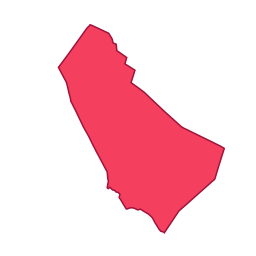 Reifi Telkok, Kassala, Sudan, rotated 137°
{"feature_id": "16777658B60092664698782", "entity_name": "Reifi Telkok", "entity_type": "district", "adm_level": 2, "iso_a3": "SDN", "parent_name": "Sudan", "parent_adm1": "Kassala", "projection": "natural_earth1", "projection_center": [36.762, 16.137], "detail": "fine", "context": "isolated", "style": "filled", "palette": "rose", "viewbox_px": 256, "rotation_deg": 137, "n_neighbors": 0, "source": "geoboundaries", "source_scale": "gbopen_adm2", "svg_char_len": 1488}
<svg xmlns="http://www.w3.org/2000/svg" viewBox="0 0 256 256"><g transform="rotate(137 128 128)"><path d="M85.5,229.4L86.6,229.1L88.5,229.1L89.4,229.1L92.6,228.5L105.9,225.8L113.8,224.2L121.4,222.7L134.0,220.4L137.5,219.8L137.9,218.5L141.2,206.0L141.9,203.5L143.1,201.2L145.1,197.6L147.9,192.9L148.1,192.3L149.3,190.0L149.5,189.8L149.5,189.7L150.9,187.4L151.5,186.7L154.5,176.3L160.0,158.8L161.2,153.6L162.5,148.4L164.9,140.6L165.6,138.5L165.6,138.2L166.2,135.9L166.8,134.0L172.7,111.9L173.0,110.4L173.2,110.1L174.8,108.0L177.4,104.7L177.9,103.7L178.3,102.9L178.8,102.5L179.3,101.9L180.9,100.9L182.7,99.4L183.7,98.7L184.0,98.5L183.8,97.2L183.6,97.2L182.8,97.0L181.9,97.0L181.6,97.0L181.6,95.1L181.7,94.5L181.3,92.8L180.4,91.9L180.4,89.4L180.1,89.1L179.9,88.8L179.2,87.4L179.1,87.0L179.1,85.0L181.8,83.3L182.0,82.5L182.1,82.4L182.1,81.6L182.4,79.8L183.6,74.5L183.7,73.6L183.9,72.9L184.5,69.9L183.7,69.3L182.5,68.8L181.0,68.2L180.0,67.3L179.1,66.5L178.1,64.9L177.3,62.9L176.7,61.4L175.4,60.7L174.4,60.4L174.0,59.3L173.5,57.2L172.6,54.0L171.7,50.8L171.4,47.1L171.5,45.2L172.9,40.2L173.0,39.4L173.1,38.9L173.9,34.8L174.3,33.2L174.4,30.8L174.5,30.4L172.9,27.5L172.9,26.6L147.4,32.6L133.5,32.2L126.5,32.1L99.4,31.4L88.3,37.9L71.5,47.4L72.7,51.6L87.5,90.4L88.1,92.5L90.1,115.3L91.8,143.0L92.8,148.8L94.8,159.1L83.5,165.5L86.5,177.0L80.9,180.4L83.4,192.2L79.5,197.3L80.9,200.4L78.9,203.8L77.5,210.4L82.2,222.2L84.9,228.7L85.5,229.4Z" fill="#f43f5e" stroke="#9f1239" stroke-width="1.5"/></g></svg>